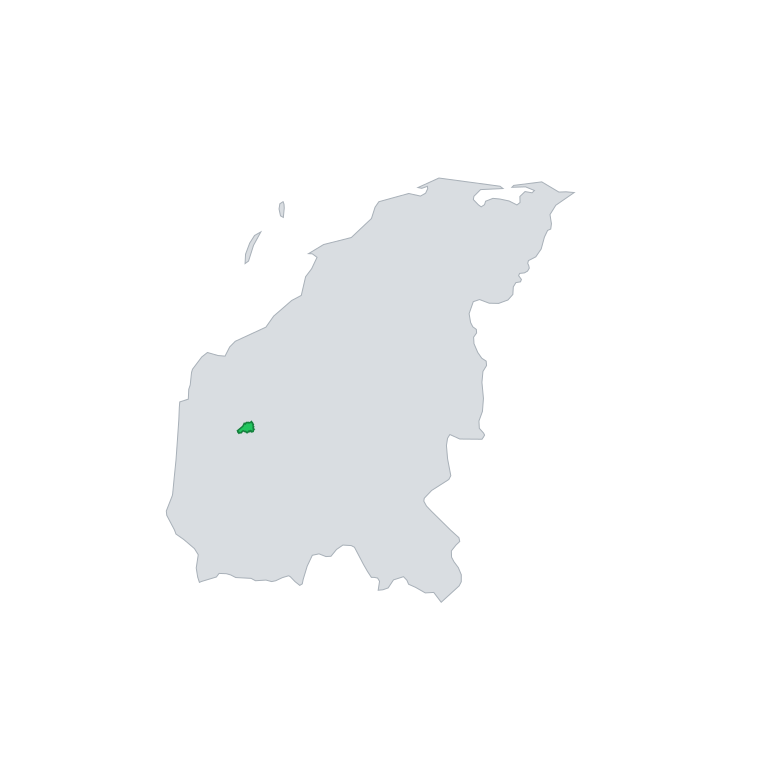 location of Santa Rita, Yoro, Honduras, rotated 321°
{"feature_id": "27666195B22106740094375", "entity_name": "Santa Rita", "entity_type": "district", "adm_level": 2, "iso_a3": "HND", "parent_name": "Honduras", "parent_adm1": "Yoro", "projection": "equal_earth", "projection_center": [-87.807, 15.185], "detail": "fine", "context": "in_parent", "style": "filled", "palette": "green", "viewbox_px": 768, "rotation_deg": 321, "n_neighbors": 0, "source": "geoboundaries", "source_scale": "gbopen_adm2", "svg_char_len": 5035}
<svg xmlns="http://www.w3.org/2000/svg" viewBox="0 0 768 768"><g transform="rotate(321 384 384)"><path d="M652.3,354.9L630.0,353.2L619.6,356.8L615.0,364.8L611.1,368.5L607.8,367.6L601.1,370.8L591.1,378.0L582.0,380.7L573.9,379.0L571.6,380.7L571.0,383.1L569.8,385.4L566.6,386.6L563.0,386.0L559.0,383.4L556.8,384.5L556.6,389.2L554.4,390.5L550.3,388.2L545.6,389.9L540.5,395.5L533.2,396.7L523.8,393.5L516.6,387.4L511.4,378.5L505.2,376.2L494.4,382.9L490.0,390.7L489.0,395.4L490.1,399.7L488.1,402.6L483.1,404.0L479.3,409.3L476.7,418.5L476.2,425.5L477.8,430.5L475.3,434.2L468.8,436.5L461.1,444.4L452.2,457.8L443.3,467.2L434.5,472.5L430.2,478.4L430.5,484.9L430.0,487.0L428.3,487.7L425.4,488.6L408.3,474.5L403.4,464.7L399.2,466.2L393.8,471.1L386.3,482.2L378.2,497.3L374.3,499.0L354.1,496.7L343.4,498.1L341.2,500.1L340.2,505.6L340.8,513.0L343.8,539.6L345.5,550.6L343.8,554.0L338.4,554.5L331.3,556.1L327.5,561.1L326.5,566.2L326.2,573.5L324.0,580.9L319.6,586.3L315.3,588.2L291.1,589.6L291.5,577.3L284.6,572.3L280.6,562.0L277.1,555.1L278.3,550.9L277.9,546.0L268.1,542.2L258.9,545.1L253.6,543.2L249.7,540.6L256.4,534.5L256.9,530.8L254.7,528.1L252.5,526.3L253.2,519.4L254.5,511.3L258.3,492.3L256.9,489.0L250.7,483.3L243.0,482.7L234.4,484.5L230.3,481.6L226.6,475.1L220.5,472.0L209.7,477.2L198.2,485.0L194.7,487.9L191.8,487.5L190.5,481.6L189.9,474.7L189.2,473.0L183.1,470.5L175.9,468.7L172.3,466.8L168.9,462.1L160.3,456.0L158.4,451.4L147.0,441.1L144.7,435.9L142.1,432.2L136.6,427.4L132.3,428.5L117.9,422.6L115.7,422.0L117.7,416.8L122.3,408.8L132.2,399.8L133.1,392.6L130.5,378.7L127.9,369.7L129.3,365.6L132.5,349.4L134.9,345.7L149.3,337.5L150.6,336.4L161.9,324.9L174.5,312.2L187.6,298.2L202.2,282.5L210.2,273.4L214.0,269.4L222.4,272.6L229.0,265.2L232.8,262.8L241.7,253.9L244.5,252.0L259.4,248.3L266.6,248.4L272.9,257.4L278.0,262.3L287.4,258.1L295.3,257.2L328.0,265.5L341.0,261.8L364.8,261.0L375.5,263.1L390.6,251.3L400.3,248.9L411.7,243.4L410.2,237.7L407.4,235.2L424.8,237.6L450.8,249.6L478.4,247.5L488.3,241.0L494.7,239.1L523.1,251.5L530.6,260.9L536.4,261.9L540.9,259.7L542.1,257.7L536.5,255.7L534.0,252.7L556.3,258.5L598.6,303.3L599.5,307.0L581.4,293.7L572.0,294.7L569.5,296.9L570.1,304.1L571.0,307.5L575.0,307.9L578.0,305.9L585.5,308.3L590.4,313.1L596.4,320.5L600.0,328.5L603.9,328.6L607.6,323.8L614.7,323.2L619.4,328.6L622.7,328.3L618.1,319.9L607.2,311.6L609.8,311.3L633.8,326.2L640.7,344.9L646.4,349.2L652.3,354.9ZM369.9,194.1L356.1,203.2L351.8,203.0L358.1,196.0L368.3,190.0L376.9,187.1L384.0,188.3L369.9,194.1ZM417.2,184.5L410.6,191.2L409.4,188.2L412.6,181.9L416.5,178.4L420.3,178.8L419.4,181.4L417.2,184.5Z" fill="#d9dde1" stroke="#a8b0b8" stroke-width="1"/><path d="M241.8,331.7L242.2,332.0L242.3,332.0L242.5,332.1L242.8,332.1L243.0,331.9L243.5,331.8L243.5,331.7L243.8,331.7L244.0,331.7L244.3,331.6L244.6,331.7L245.0,331.7L245.1,331.8L245.3,331.9L245.4,332.0L245.4,332.3L245.5,332.6L245.6,332.9L245.7,333.1L245.8,333.2L245.9,333.3L246.0,333.4L246.0,333.5L246.3,333.6L246.5,333.6L246.7,333.8L246.8,333.9L246.8,334.1L246.8,334.3L246.7,334.5L246.6,334.8L246.5,335.0L246.7,335.4L246.8,335.5L247.1,335.8L247.3,335.9L247.5,335.9L247.7,335.7L247.8,335.7L248.0,335.7L248.1,335.8L248.3,335.8L248.4,335.7L248.7,335.6L248.8,335.5L249.0,335.4L249.3,335.5L249.5,335.7L249.5,335.8L249.5,336.0L249.5,336.3L249.6,336.6L249.8,336.7L250.0,336.6L250.1,336.3L250.2,336.2L250.3,336.1L250.5,336.0L250.8,336.0L251.0,336.2L251.1,336.4L251.2,336.6L251.3,336.8L251.3,337.0L251.3,337.3L251.2,337.6L251.0,337.8L251.0,338.0L251.3,338.1L251.7,338.2L251.8,338.2L252.0,338.2L252.0,338.3L252.1,338.5L252.3,338.5L252.6,338.5L252.7,338.4L252.9,338.2L253.0,338.1L253.3,337.9L253.5,337.8L253.7,337.6L253.8,337.6L253.7,337.5L253.8,337.4L253.9,336.9L254.0,336.8L254.3,336.9L254.6,336.9L254.7,336.7L254.6,336.3L254.6,336.2L254.6,335.9L254.8,335.8L255.0,335.7L255.1,335.4L255.1,335.2L255.4,335.2L255.5,335.2L255.5,335.3L255.7,335.2L255.8,335.2L255.8,334.9L255.9,334.7L255.9,334.4L256.0,334.1L256.0,333.9L256.1,333.7L256.3,333.6L256.5,333.3L256.8,333.3L256.8,333.2L257.0,333.2L257.1,332.9L257.1,332.7L257.0,332.3L257.0,332.1L256.9,332.0L256.9,331.9L257.0,331.8L257.0,331.7L257.3,331.5L257.3,331.4L257.4,331.2L257.3,330.9L257.2,330.9L257.1,330.7L257.1,330.4L257.2,330.2L257.3,330.1L257.4,329.8L255.5,329.7L255.4,329.7L255.2,329.4L254.9,329.3L254.8,329.2L254.7,329.2L254.7,328.9L254.6,328.7L254.3,328.5L254.2,328.5L254.2,328.4L253.8,328.3L253.8,328.2L253.7,328.1L253.6,327.9L253.4,327.8L253.3,327.7L253.2,327.6L253.0,327.4L252.9,327.4L252.6,327.5L252.4,327.4L252.2,327.4L252.2,327.5L251.9,327.6L251.7,327.5L251.4,327.7L251.2,327.8L251.0,327.7L250.9,327.7L250.6,327.1L250.5,326.8L250.5,326.7L247.7,328.0L240.7,328.1L240.7,328.4L240.7,328.6L240.5,328.8L240.4,328.9L240.3,329.0L240.2,329.2L240.2,329.3L240.2,329.5L240.3,329.5L240.6,329.6L240.8,329.8L240.8,330.0L240.7,330.1L240.6,330.3L240.4,330.3L240.2,330.5L240.2,330.8L240.3,330.9L240.3,331.0L240.5,331.0L240.8,331.0L241.2,331.1L241.3,331.1L241.5,331.3L241.8,331.6L241.8,331.7Z" fill="#22c55e" stroke="#15803d" stroke-width="1.5"/></g></svg>